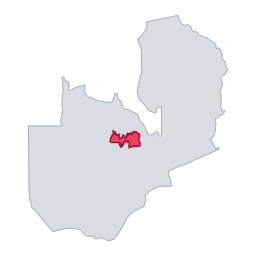 location of Mpongwe, Copperbelt, Zambia
{"feature_id": "96606910B43712843056023", "entity_name": "Mpongwe", "entity_type": "district", "adm_level": 2, "iso_a3": "ZMB", "parent_name": "Zambia", "parent_adm1": "Copperbelt", "projection": "equal_earth", "projection_center": [27.957, -13.579], "detail": "fine", "context": "in_parent", "style": "filled", "palette": "rose", "viewbox_px": 256, "rotation_deg": 0, "n_neighbors": 0, "source": "geoboundaries", "source_scale": "gbopen_adm2", "svg_char_len": 8005}
<svg xmlns="http://www.w3.org/2000/svg" viewBox="0 0 256 256"><path d="M171.4,186.2L160.1,186.3L156.0,187.5L152.6,189.3L148.6,192.1L146.3,194.1L145.7,195.2L145.3,197.6L145.3,201.3L144.9,204.0L143.7,206.4L137.6,209.4L133.6,211.8L129.7,214.7L126.7,218.4L124.7,223.0L121.4,228.7L114.4,238.8L110.3,240.6L106.9,240.2L102.8,238.1L99.5,237.7L97.1,239.0L94.9,238.6L92.8,236.5L91.1,235.7L89.7,236.3L88.0,236.2L84.7,235.0L81.9,231.4L80.3,229.9L79.2,229.4L75.8,228.8L68.1,228.0L60.1,229.8L53.1,231.6L45.8,223.5L38.8,215.0L37.3,212.9L34.7,210.0L32.8,208.6L32.1,207.9L30.1,200.3L29.0,193.3L28.4,125.9L60.1,125.9L62.2,125.6L62.2,124.9L60.8,121.3L60.8,120.0L61.2,117.6L62.6,112.7L62.6,111.0L62.0,105.7L62.0,102.7L62.4,96.7L62.1,94.6L62.9,91.9L63.1,90.1L63.4,89.3L63.0,87.3L62.3,80.1L62.0,77.1L63.9,77.5L64.5,79.0L64.9,80.6L65.7,80.7L68.0,81.7L68.8,83.0L69.3,85.9L69.0,87.4L68.3,88.5L69.0,89.6L70.6,90.3L71.4,90.1L74.0,88.1L76.3,87.4L77.5,86.9L82.8,85.6L83.8,84.9L84.6,84.9L85.1,85.5L84.6,87.5L84.5,89.3L85.1,92.7L85.6,94.3L86.7,95.5L87.5,96.1L88.4,97.3L90.2,97.1L94.3,98.9L95.5,99.7L97.2,100.5L98.4,100.8L102.5,101.4L106.9,102.3L109.2,102.4L110.8,102.2L111.9,101.7L112.6,101.1L112.9,100.7L114.6,94.2L115.4,93.7L116.5,93.3L117.1,93.9L117.9,98.0L121.0,101.7L122.1,104.8L122.9,107.5L123.6,108.2L124.8,109.1L126.7,109.4L128.4,109.5L136.9,114.0L137.9,114.9L138.9,117.3L139.6,120.0L140.2,122.2L141.3,122.6L142.3,122.7L143.3,124.2L144.0,125.5L146.5,130.8L146.9,132.9L148.1,134.3L149.8,134.9L151.3,135.0L152.2,134.4L154.4,133.3L156.1,132.0L157.3,131.6L158.0,131.9L158.6,132.7L158.9,135.4L160.1,136.3L161.0,135.9L161.4,134.9L161.4,134.4L161.5,106.5L160.7,106.7L159.7,107.5L157.4,107.6L156.6,108.2L156.3,109.1L156.5,110.3L156.5,111.8L156.2,112.6L155.2,112.9L153.7,112.3L151.2,111.5L149.0,111.0L147.4,108.9L145.3,105.7L144.0,104.2L140.7,100.9L140.1,100.2L139.1,98.7L138.2,96.1L137.4,93.0L137.0,91.1L137.8,88.2L139.7,78.5L140.2,75.5L141.8,72.4L141.9,69.7L141.2,66.2L141.4,64.2L141.6,53.1L141.2,49.6L140.1,45.7L137.7,40.3L137.7,39.1L141.4,35.6L142.5,34.3L144.5,31.5L145.8,29.0L146.6,27.1L146.9,24.5L146.3,22.1L147.5,21.6L178.0,15.4L178.5,17.0L179.4,19.8L180.4,21.8L181.7,23.6L182.8,24.7L183.6,25.0L188.3,24.9L190.0,26.0L191.4,27.4L191.8,29.5L192.7,30.8L193.8,31.9L194.2,32.0L195.0,31.7L196.3,31.7L197.4,32.2L198.0,32.6L198.0,34.4L198.4,35.2L200.0,35.5L201.6,35.7L203.1,36.9L204.8,37.1L206.8,37.6L207.7,38.9L209.8,40.2L212.3,41.4L215.1,43.4L215.1,44.0L215.6,45.1L216.1,46.0L216.1,47.2L216.4,48.3L217.1,48.6L217.7,48.7L218.2,47.9L219.0,47.9L219.8,48.4L220.1,49.7L220.7,51.5L221.7,52.7L222.4,53.8L222.1,56.0L221.7,57.9L223.1,59.8L224.9,61.6L225.4,62.4L225.5,65.1L225.8,66.0L227.0,68.3L227.6,69.7L227.6,70.6L224.2,75.0L222.2,75.7L221.3,76.6L220.7,77.6L222.0,82.0L222.7,83.6L222.1,85.7L220.8,89.3L220.2,89.6L220.0,92.3L220.4,93.3L221.1,94.1L221.3,95.9L221.2,100.4L220.4,105.6L221.8,110.1L222.4,110.5L224.4,110.6L224.8,111.0L224.3,112.2L222.8,114.2L220.2,115.7L216.4,117.4L215.6,119.1L215.0,121.4L215.5,122.8L216.0,123.6L215.8,125.7L215.4,127.8L215.5,129.5L215.4,131.1L214.9,131.8L214.2,134.1L213.3,136.4L212.7,137.4L211.7,138.5L210.2,139.4L210.3,139.9L212.0,140.9L212.4,141.7L212.5,142.2L211.8,143.3L212.6,144.0L213.5,144.6L214.4,146.1L215.5,149.0L215.6,149.3L215.9,149.3L216.5,149.0L217.5,147.8L218.3,147.4L219.2,149.1L203.4,156.2L199.7,157.6L194.1,160.1L192.3,161.0L190.9,162.0L176.2,167.5L173.9,168.6L168.7,171.4L168.5,171.8L168.6,173.1L169.0,175.8L169.9,178.2L170.7,179.6L171.1,183.1L171.4,186.2Z" fill="#d9dde1" stroke="#a8b0b8" stroke-width="1"/><path d="M140.0,145.7L139.9,142.1L139.5,141.5L139.3,141.4L139.0,141.2L139.0,140.8L138.8,140.4L138.8,140.1L138.7,139.8L138.7,139.3L138.8,139.0L138.9,138.5L138.8,138.2L138.9,137.9L139.1,137.8L139.3,137.6L139.4,136.8L139.5,136.6L139.5,136.3L139.6,136.1L139.5,135.9L139.5,135.6L139.4,135.3L139.5,135.1L139.4,135.0L139.4,134.8L139.4,134.7L139.5,134.4L139.3,134.4L139.3,134.5L139.2,134.5L139.2,134.4L138.9,134.3L138.9,134.2L138.8,134.3L138.7,134.3L138.5,134.2L138.2,134.1L138.1,133.9L137.9,133.8L137.8,133.7L137.6,133.7L137.5,133.3L137.4,133.2L137.3,132.9L137.3,133.0L137.2,132.9L136.9,132.7L136.9,132.3L136.6,132.1L136.5,131.9L136.4,131.9L136.2,131.9L136.0,132.0L135.9,132.0L135.7,132.1L135.3,131.8L135.2,131.9L135.1,131.7L134.9,131.8L134.6,131.8L134.5,131.6L134.5,131.8L134.3,131.6L134.2,131.6L133.9,131.7L133.7,131.8L133.8,131.8L133.3,132.0L133.3,132.4L133.1,132.7L132.9,133.1L132.7,132.9L132.6,132.6L132.4,132.5L132.3,132.8L132.5,132.9L132.6,133.0L132.4,133.3L132.1,133.3L132.3,133.6L132.4,133.8L132.3,133.7L132.1,133.9L131.8,133.8L131.7,134.0L131.5,134.5L131.2,134.3L130.9,134.2L131.0,133.7L130.9,133.6L130.8,133.8L130.5,134.3L130.4,134.3L130.2,133.7L129.9,133.5L129.9,134.2L129.9,134.4L129.7,134.4L129.4,134.1L129.7,133.8L129.6,133.7L129.3,133.7L129.2,133.9L128.8,133.8L128.6,133.8L128.4,134.3L128.3,134.5L128.2,134.5L127.9,134.5L127.7,134.2L127.7,134.6L127.8,134.9L127.7,135.2L127.4,135.1L127.3,134.8L127.1,134.8L126.9,135.0L127.1,135.0L127.1,134.9L127.2,135.0L127.2,135.4L126.9,135.6L126.9,135.9L126.6,136.1L126.6,136.4L126.7,136.7L126.5,136.9L126.4,137.1L126.4,137.4L126.0,137.1L125.7,137.2L125.7,137.4L125.7,137.5L125.9,137.5L126.0,137.6L126.0,137.9L125.9,138.0L125.4,138.0L125.2,138.3L124.8,138.2L124.7,138.1L124.6,137.6L124.8,137.4L124.9,137.0L124.7,136.5L124.6,136.4L124.4,136.1L124.2,135.9L123.5,135.2L123.2,135.0L122.9,135.0L122.2,137.4L122.0,137.5L121.6,138.0L119.5,138.9L119.4,138.7L119.5,138.6L119.4,138.6L119.5,138.5L119.4,138.3L119.5,138.3L119.6,138.0L119.6,137.7L119.4,137.6L119.5,137.5L119.4,137.4L119.3,137.1L119.2,136.9L119.2,136.5L119.1,136.4L119.0,136.1L119.0,135.8L118.9,135.7L119.0,135.5L119.1,135.4L119.1,135.2L119.3,135.0L119.4,134.8L119.4,134.6L119.5,134.5L119.5,134.3L115.8,135.2L115.8,134.9L115.9,134.7L115.8,134.3L115.8,134.2L115.7,134.3L115.6,133.9L115.5,133.7L115.4,133.7L115.5,133.6L115.4,133.6L115.4,133.4L115.3,133.2L115.2,133.1L115.2,132.8L115.1,132.7L115.1,132.4L115.1,132.2L114.9,132.1L114.7,131.8L114.2,131.7L113.6,131.3L113.4,131.3L113.1,131.0L113.0,131.6L113.2,132.1L113.5,132.8L113.5,133.6L113.4,133.8L113.2,134.2L112.6,134.5L112.5,135.4L112.5,135.7L111.5,136.0L111.3,136.9L111.3,137.3L110.3,139.3L110.3,139.6L110.3,139.8L110.1,141.2L110.3,141.7L110.3,141.8L111.1,142.4L115.4,142.5L119.7,142.5L119.9,142.8L119.9,143.0L119.8,143.3L119.7,143.5L119.8,143.6L119.7,143.7L119.9,143.8L119.9,144.0L120.0,144.1L119.9,144.2L120.0,144.2L119.9,144.4L119.9,144.5L120.0,144.4L120.0,144.5L120.2,144.4L120.4,144.5L120.3,144.8L120.5,145.1L120.3,145.2L120.4,145.3L120.4,145.8L120.5,145.9L120.5,146.0L120.4,145.9L120.3,146.0L120.4,146.3L120.5,146.3L120.6,146.8L120.8,146.9L120.8,147.0L121.1,146.9L121.0,146.7L121.1,146.4L121.4,146.3L121.5,146.4L121.8,146.4L121.7,146.2L121.8,146.2L121.9,145.9L122.1,146.0L122.2,145.9L122.0,145.4L122.1,145.0L121.9,144.6L122.0,144.3L122.1,144.1L122.3,144.1L122.5,144.1L122.8,144.4L123.0,144.4L123.0,144.7L123.2,144.8L123.2,144.7L123.3,144.2L123.5,143.8L123.5,143.5L124.0,142.9L124.0,142.7L124.0,142.1L124.1,141.9L124.3,142.2L124.5,142.1L124.5,141.9L124.4,141.5L124.4,141.3L124.8,140.8L125.0,140.7L125.2,140.8L125.5,141.2L125.6,141.3L125.8,141.4L125.8,141.5L126.0,141.5L126.4,141.7L126.5,141.6L126.9,141.7L127.0,141.8L127.0,141.7L127.4,141.5L127.5,141.6L127.7,141.3L127.8,141.0L128.0,140.8L129.8,143.8L129.6,144.0L129.5,144.4L129.3,144.7L129.3,145.0L129.2,145.1L128.8,145.3L128.9,145.6L128.9,145.8L129.0,146.0L129.0,146.3L129.2,146.7L129.2,146.9L129.3,147.0L129.3,147.3L129.4,147.2L129.6,147.3L130.0,147.1L130.3,147.0L130.4,146.9L130.5,146.7L130.6,146.8L130.8,146.9L131.0,146.8L131.3,146.9L131.5,146.8L131.6,146.7L131.8,146.7L132.0,146.8L132.4,146.7L132.6,146.6L132.8,146.5L133.3,146.6L133.5,146.5L133.7,146.3L133.7,146.1L133.8,146.0L134.6,145.8L134.8,145.9L135.0,145.9L135.1,146.0L135.1,145.9L135.5,146.0L135.9,146.1L136.0,146.2L136.4,145.8L136.6,146.0L136.8,146.0L137.0,146.1L137.5,146.1L137.8,146.3L138.0,146.2L138.5,146.2L139.0,146.1L139.3,146.1L139.7,145.8L140.0,145.7Z" fill="#f43f5e" stroke="#9f1239" stroke-width="1.5"/></svg>